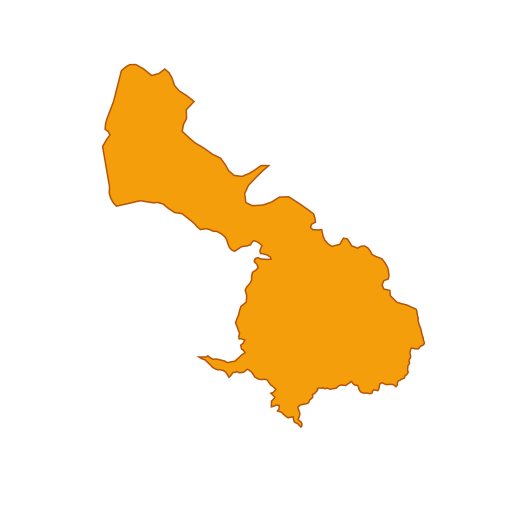 Baling, Kedah, Malaysia, rotated 289°
{"feature_id": "92858781B88693147635534", "entity_name": "Baling", "entity_type": "district", "adm_level": 2, "iso_a3": "MYS", "parent_name": "Malaysia", "parent_adm1": "Kedah", "projection": "orthographic", "projection_center": [100.8, 5.723], "detail": "fine", "context": "isolated", "style": "filled", "palette": "amber", "viewbox_px": 512, "rotation_deg": 289, "n_neighbors": 0, "source": "geoboundaries", "source_scale": "gbopen_adm2", "svg_char_len": 4594}
<svg xmlns="http://www.w3.org/2000/svg" viewBox="0 0 512 512"><g transform="rotate(289 256 256)"><path d="M338.7,234.6L345.6,238.6L343.2,231.4L335.4,225.7L331.8,222.6L326.7,216.9L325.1,209.2L327.7,202.4L332.3,197.3L337.0,190.6L338.0,181.8L341.1,171.4L343.2,161.1L347.3,151.3L349.9,145.6L357.1,144.6L363.3,145.6L371.6,142.5L381.9,147.1L385.0,138.4L387.1,129.6L390.7,123.4L396.9,118.7L401.0,114.1L403.1,108.9L396.9,104.8L392.7,98.6L396.3,88.8L397.9,80.0L395.8,74.3L392.9,71.7L390.9,70.4L387.3,68.4L355.9,71.0L337.4,70.4L332.1,70.7L326.8,72.0L325.5,75.7L322.8,78.6L318.2,77.0L309.6,75.3L273.9,94.9L267.6,96.8L263.0,100.1L259.4,104.4L257.7,107.8L265.0,119.7L268.6,125.3L270.6,128.6L272.9,141.8L274.6,145.4L274.9,151.1L272.6,157.3L270.6,164.9L272.0,172.2L268.3,182.8L266.7,187.1L264.7,190.4L264.0,192.1L262.9,194.7L265.7,200.2L265.9,203.2L265.5,207.4L266.5,211.2L265.5,216.7L264.0,220.3L261.9,222.9L258.7,225.2L255.3,228.2L253.8,231.1L253.4,234.1L257.4,237.3L259.5,238.8L261.0,240.7L262.3,243.8L264.8,247.2L266.7,247.4L269.5,248.5L269.9,250.2L269.7,253.4L268.7,256.1L267.6,258.4L265.1,258.0L262.1,258.0L259.8,259.5L260.4,261.8L260.6,266.1L259.6,270.1L257.9,271.3L256.6,268.2L255.5,264.4L254.7,261.0L255.1,258.4L253.4,256.1L250.2,256.1L248.3,259.7L245.8,261.8L243.0,260.8L239.4,258.0L235.4,258.4L231.8,259.7L228.0,259.1L223.4,257.2L220.0,257.0L215.9,259.9L213.2,260.8L209.2,261.8L203.5,258.2L199.0,258.2L194.6,258.7L190.5,258.4L186.1,258.4L184.0,260.3L181.7,262.2L179.1,264.2L177.8,265.6L174.7,265.8L172.1,266.9L173.0,269.4L172.8,272.8L169.2,272.2L166.6,270.5L163.2,272.8L162.8,274.9L160.9,277.1L157.9,274.7L152.7,272.0L149.7,270.3L145.9,263.7L146.5,260.3L146.1,255.9L145.7,252.1L144.4,248.9L145.0,245.7L145.9,243.0L144.2,241.5L142.3,236.0L141.9,234.9L141.2,238.3L141.2,241.7L139.5,245.3L138.1,248.5L136.6,251.0L136.1,253.6L135.9,256.9L136.8,258.9L137.0,262.5L136.4,265.0L134.2,268.0L132.5,269.9L133.8,270.7L138.3,272.2L139.3,274.5L140.4,275.2L140.2,278.5L141.9,281.9L142.7,282.6L146.1,284.7L146.1,285.7L145.0,289.1L143.5,291.5L141.2,294.2L140.4,298.0L140.8,301.0L142.3,304.4L142.5,306.9L140.4,309.7L138.7,312.2L138.0,314.9L136.3,318.3L132.5,316.6L131.1,314.7L130.0,317.1L128.9,319.6L127.9,319.8L123.9,317.9L118.3,319.6L120.0,322.1L121.7,323.6L122.2,326.6L119.0,327.6L116.4,326.8L116.6,331.0L115.4,333.2L114.2,336.1L113.7,337.8L113.4,339.1L114.5,340.5L115.5,342.6L116.0,343.6L113.9,344.5L111.5,346.3L111.2,347.9L111.2,349.6L108.9,354.1L110.1,354.7L112.2,354.1L113.7,352.6L114.3,350.9L115.2,349.0L117.9,349.2L120.7,349.0L122.8,347.8L124.9,345.9L127.0,344.8L129.6,346.5L131.3,349.0L132.7,351.8L134.4,353.5L137.6,353.7L139.1,354.8L141.0,355.6L143.5,354.5L144.2,355.2L145.0,356.2L146.0,356.5L147.8,357.4L149.8,357.9L150.2,357.3L151.2,357.7L151.7,358.4L152.0,359.5L152.3,360.9L152.5,361.4L153.5,362.5L152.9,363.5L153.1,364.7L153.6,365.4L154.3,366.4L154.2,367.9L154.2,369.2L154.5,370.3L155.2,371.2L155.5,372.0L156.8,374.3L157.4,375.1L158.2,375.5L159.4,375.9L160.4,376.8L161.5,377.9L161.9,379.1L162.3,380.8L162.7,382.9L165.1,384.6L166.8,386.0L168.3,386.8L168.0,387.9L166.6,389.8L166.1,391.8L166.5,393.1L166.8,394.2L165.4,395.6L163.9,396.3L162.8,397.4L161.6,399.3L161.3,401.2L161.7,403.4L162.6,405.7L162.8,408.5L164.3,410.3L166.1,410.1L167.8,411.0L168.2,413.0L168.2,414.9L169.5,415.4L171.9,415.2L174.1,414.9L175.7,414.9L177.2,416.4L176.9,419.0L176.8,421.0L177.6,423.0L178.5,424.9L179.1,427.8L178.0,430.9L179.9,431.6L182.2,431.0L184.0,431.0L185.3,432.6L186.9,433.7L188.7,435.9L191.3,436.0L192.8,437.1L195.5,437.8L197.1,436.7L199.0,436.0L201.9,435.4L204.2,436.2L205.5,435.6L207.5,434.5L209.9,435.2L211.5,434.9L213.2,433.9L214.3,433.1L216.6,432.8L219.2,432.6L219.9,434.1L220.0,436.6L221.0,439.7L224.2,440.9L226.0,442.9L227.7,443.6L229.2,443.2L231.0,441.6L232.9,440.8L234.7,439.4L237.2,437.7L239.5,436.3L241.2,435.2L242.8,433.9L244.4,432.5L246.0,431.4L247.9,430.1L249.8,429.8L251.9,428.3L257.1,425.5L257.8,424.6L258.8,414.3L258.4,410.4L258.1,404.4L260.4,399.5L262.4,395.8L267.0,393.8L266.4,387.5L269.7,384.6L274.3,384.9L277.3,388.5L280.6,388.2L284.2,386.5L287.9,384.2L291.2,380.6L294.2,376.3L294.5,373.0L294.5,370.0L295.1,365.4L298.1,362.1L300.1,359.1L300.8,355.4L299.4,352.1L296.5,349.5L296.8,342.9L298.8,340.9L301.8,336.9L301.4,332.9L294.1,331.3L292.5,328.6L289.8,324.7L290.8,320.4L293.5,315.7L296.8,312.8L302.4,309.5L300.8,306.2L299.4,301.2L300.8,298.2L304.1,298.2L307.4,301.2L310.7,299.5L314.5,296.8L316.9,289.5L320.1,278.2L322.6,267.7L319.3,258.9L312.1,253.2L306.4,245.9L302.4,236.3L303.2,229.0L311.3,225.0L320.1,225.8L329.0,229.8L338.7,234.6Z" fill="#f59e0b" stroke="#b45309" stroke-width="1.5"/></g></svg>